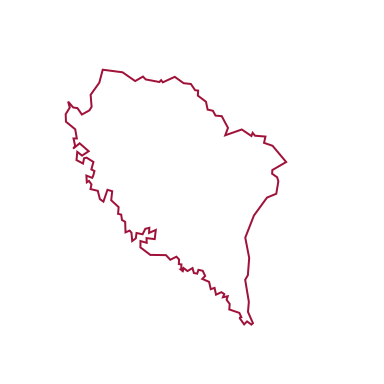 outline of Nossa Senhora Da Luz, São Domingos, Cabo Verde, rotated 161°
{"feature_id": "66160863B49789826079472", "entity_name": "Nossa Senhora Da Luz", "entity_type": "district", "adm_level": 2, "iso_a3": "CPV", "parent_name": "Cabo Verde", "parent_adm1": "São Domingos", "projection": "equal_earth", "projection_center": [-23.458, 15.031], "detail": "medium", "context": "isolated", "style": "outline", "palette": "rose", "viewbox_px": 384, "rotation_deg": 161, "n_neighbors": 0, "source": "geoboundaries", "source_scale": "gbopen_adm2", "svg_char_len": 1907}
<svg xmlns="http://www.w3.org/2000/svg" viewBox="0 0 384 384"><g transform="rotate(161 192 192)"><path d="M112.9,162.9L106.9,173.9L106.7,178.2L110.3,183.2L108.9,186.6L93.2,189.7L100.8,209.5L107.9,215.0L104.5,220.5L114.1,224.7L115.4,228.2L117.6,225.6L124.6,234.9L142.1,234.8L137.1,240.9L139.2,254.0L144.9,256.6L145.8,262.0L150.4,264.8L149.4,272.8L155.1,281.2L153.2,285.9L155.9,287.2L157.9,294.5L164.5,297.6L170.8,306.5L183.9,305.2L184.8,307.8L187.0,306.6L199.1,313.5L200.8,317.1L209.6,315.4L218.7,327.8L236.6,336.7L244.0,325.6L256.2,316.9L259.2,305.2L262.4,302.6L270.9,301.1L273.0,308.6L276.8,310.6L279.7,317.8L280.1,311.6L286.1,306.7L288.3,299.5L282.0,289.3L283.5,280.1L286.6,281.2L287.5,273.6L290.2,271.7L282.4,274.6L276.4,264.2L284.1,262.2L287.4,267.3L290.8,259.8L285.8,254.4L283.0,259.1L280.5,258.8L275.4,252.5L279.8,246.1L277.4,243.6L280.2,239.4L281.8,237.9L286.5,241.9L288.3,235.4L285.8,236.0L284.6,231.9L287.0,227.8L280.7,223.8L281.4,215.3L278.9,211.7L271.2,221.6L267.2,218.7L271.1,210.5L266.3,201.6L269.0,195.4L266.3,193.7L267.3,188.4L264.9,185.5L268.0,175.5L263.5,175.8L262.5,173.2L264.5,165.1L260.2,166.5L257.8,171.3L252.5,168.1L248.1,172.4L244.0,172.0L245.9,167.3L238.6,167.9L242.6,159.6L250.0,163.2L251.4,158.7L256.7,162.4L258.8,156.4L251.9,146.1L237.2,140.8L234.6,135.0L227.8,135.9L226.2,132.4L227.9,128.1L225.6,127.0L226.9,123.6L225.4,122.5L228.0,122.6L226.5,120.1L226.2,120.4L226.0,121.1L225.6,121.3L225.2,122.2L224.7,122.8L222.0,118.7L216.3,119.9L216.6,114.8L213.7,113.1L211.2,116.3L207.5,114.0L206.9,108.3L210.6,106.5L205.1,101.5L205.9,94.0L201.9,94.0L202.7,87.1L196.8,87.7L194.7,85.0L197.0,82.4L192.2,81.8L194.4,78.8L192.8,73.9L195.0,68.8L186.6,62.3L186.1,57.6L187.6,57.6L187.9,56.9L185.8,49.9L182.1,51.7L179.0,47.3L177.1,48.1L178.1,60.4L174.0,69.7L170.3,91.7L166.3,95.1L159.4,111.0L156.5,131.5L141.1,149.6L122.9,162.3L112.9,162.9Z" fill="none" stroke="#9f1239" stroke-width="2"/></g></svg>